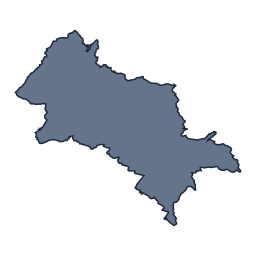 the district of Isverna, Mehedinti, Romania
{"feature_id": "2599482B93606099266204", "entity_name": "Isverna", "entity_type": "district", "adm_level": 2, "iso_a3": "ROU", "parent_name": "Romania", "parent_adm1": "Mehedinti", "projection": "natural_earth1", "projection_center": [22.644, 44.967], "detail": "fine", "context": "isolated", "style": "filled", "palette": "slate", "viewbox_px": 256, "rotation_deg": 0, "n_neighbors": 0, "source": "geoboundaries", "source_scale": "gbopen_adm2", "svg_char_len": 5763}
<svg xmlns="http://www.w3.org/2000/svg" viewBox="0 0 256 256"><path d="M240.4,170.2L238.7,168.6L238.1,168.5L238.9,164.6L238.5,163.9L237.4,163.0L237.8,160.3L236.2,159.5L235.3,159.8L233.3,158.1L232.6,157.1L232.7,156.5L233.7,155.9L231.8,154.6L230.1,152.4L230.5,151.0L230.9,150.9L231.5,149.8L231.2,148.6L230.3,147.3L228.8,147.0L228.2,146.1L225.0,145.2L223.5,143.9L222.1,143.9L220.2,144.7L216.8,144.6L215.4,144.2L214.2,143.1L214.5,143.0L214.1,142.0L214.6,141.8L214.6,141.4L213.3,141.2L211.3,140.2L210.2,139.1L207.6,140.7L208.5,139.0L212.1,137.1L216.0,133.6L215.9,132.3L215.4,132.1L214.8,132.5L214.6,131.6L213.7,131.6L212.8,132.8L211.9,132.7L210.0,134.3L209.3,133.8L204.9,138.6L202.7,138.7L197.4,140.0L187.8,138.5L186.5,136.9L185.9,135.5L185.3,135.3L183.8,136.2L181.8,135.9L181.1,134.7L181.2,134.1L182.8,133.0L183.5,131.0L186.0,129.4L187.8,128.9L183.9,128.7L183.1,128.3L184.5,127.8L184.7,127.3L182.9,124.2L185.3,121.2L183.3,119.9L182.3,117.4L179.3,114.8L178.9,112.9L177.5,111.6L178.1,109.6L177.8,108.4L177.4,107.7L176.3,107.3L176.6,106.3L176.4,105.3L176.0,104.9L176.2,103.0L178.5,100.7L178.6,99.7L177.8,98.9L177.3,97.7L175.1,95.5L175.7,95.2L175.7,94.9L175.4,94.9L175.9,94.1L175.1,93.7L174.0,92.2L172.7,91.7L172.2,89.6L173.1,87.8L174.1,87.6L174.1,87.0L175.8,85.6L175.6,85.3L174.9,85.4L174.1,84.4L173.9,85.5L172.0,85.2L168.0,83.8L165.2,84.1L164.7,84.6L161.8,85.2L159.8,85.1L157.3,83.5L151.3,83.1L148.7,81.9L148.2,81.3L143.8,78.9L143.2,78.0L143.3,76.9L142.7,76.6L141.2,76.8L140.6,77.4L139.7,77.6L138.4,77.4L136.8,77.8L134.3,79.5L129.4,80.3L128.8,80.8L127.6,80.6L125.3,78.9L124.9,74.9L125.3,74.9L120.9,73.2L117.3,73.7L115.6,72.2L115.0,72.6L113.9,72.6L113.2,71.6L113.7,71.8L114.1,71.2L112.2,71.3L110.9,69.8L110.9,67.6L108.2,67.8L107.8,66.6L106.5,66.7L106.6,66.1L106.1,66.0L106.2,65.1L105.9,64.8L103.6,64.7L102.8,66.1L100.2,67.3L100.1,66.4L100.5,66.2L99.5,66.0L95.9,63.1L96.2,61.2L97.2,61.1L97.5,59.1L97.3,58.9L97.3,58.1L97.9,57.9L97.9,57.4L97.3,57.0L96.2,57.6L95.5,56.0L94.6,55.3L95.1,53.5L95.9,51.9L96.0,50.4L97.2,49.0L98.1,48.7L98.5,47.6L98.2,45.8L97.5,44.5L98.1,41.9L97.3,39.9L96.1,40.3L93.2,43.4L90.8,44.5L90.8,44.8L91.4,45.0L90.6,46.9L89.9,47.6L90.2,48.7L89.0,49.6L87.6,51.4L87.0,51.6L86.3,51.3L86.2,50.9L87.9,49.3L87.7,48.9L88.3,47.8L88.1,47.1L89.6,45.4L87.6,45.0L86.7,46.7L86.3,46.5L86.5,45.2L85.2,45.1L84.0,43.6L82.6,43.6L82.4,43.2L83.2,41.6L82.8,38.8L80.3,36.7L80.3,36.0L77.7,33.5L76.6,31.6L74.9,30.7L74.4,30.5L73.9,31.5L72.2,32.7L69.4,33.5L68.3,34.3L68.0,35.5L68.2,36.8L67.2,37.8L66.0,38.1L64.3,37.5L63.5,37.8L62.1,37.6L58.0,38.5L56.6,39.3L56.5,41.1L53.3,41.2L50.9,46.3L49.6,47.5L46.5,48.9L46.5,49.6L47.3,50.0L47.4,50.8L45.5,51.7L44.8,52.8L45.0,53.5L46.7,55.0L46.6,56.7L44.2,57.1L43.3,60.1L41.5,61.2L42.3,63.5L41.5,64.3L39.7,64.7L39.9,65.8L39.1,66.8L37.8,67.5L35.3,69.9L33.9,71.8L30.5,73.6L30.1,74.8L27.8,76.8L26.7,79.9L26.0,80.2L25.3,82.2L21.8,86.6L19.3,88.1L18.4,89.6L15.4,92.3L16.1,93.0L16.9,95.0L18.4,96.5L23.7,99.0L25.4,99.0L26.4,99.3L29.8,102.2L30.2,103.3L31.2,103.9L33.9,103.8L35.4,104.4L38.0,104.1L40.6,104.2L42.8,103.5L43.8,103.9L44.8,103.6L45.8,104.0L45.4,108.3L44.9,108.9L45.2,109.1L45.8,110.8L47.5,112.2L44.9,115.3L44.7,116.2L44.9,118.0L46.9,119.8L46.6,120.9L45.6,121.9L45.4,123.0L44.5,123.8L42.9,127.1L41.4,127.7L41.1,128.5L39.7,128.5L40.0,128.9L39.3,129.3L40.4,129.3L40.6,129.7L35.3,132.6L36.5,134.5L35.8,137.0L37.6,137.7L36.8,139.2L37.9,139.7L39.2,142.8L40.4,143.5L42.6,143.2L42.8,142.7L43.2,143.0L45.5,142.2L48.8,140.4L53.0,139.6L55.3,139.9L58.5,140.9L59.4,141.6L62.7,141.5L65.3,140.3L67.1,140.5L67.1,139.8L68.1,138.9L69.1,138.7L68.8,137.8L69.0,136.8L70.3,137.0L70.6,136.2L72.3,136.2L72.9,135.9L72.6,138.0L74.0,140.7L76.2,140.7L76.5,141.3L79.8,143.0L79.9,143.9L81.5,143.9L83.0,144.7L83.4,144.5L88.9,146.4L90.4,147.2L90.8,148.7L92.1,148.8L92.2,149.1L93.2,148.8L94.2,147.8L96.4,147.2L96.7,145.9L98.1,145.2L101.3,144.4L104.1,144.8L103.5,146.3L107.5,147.8L109.1,147.8L109.9,149.0L109.1,150.6L107.8,151.3L106.8,152.5L107.4,153.9L109.2,153.8L109.1,154.7L109.7,155.6L113.3,158.2L115.2,158.2L117.9,157.2L119.2,157.5L118.5,158.3L117.8,160.3L118.2,162.2L119.4,163.3L121.7,163.3L121.8,164.4L122.6,165.2L124.4,165.2L125.2,166.0L126.3,165.7L128.6,167.0L128.8,167.4L128.0,169.8L128.6,170.8L134.8,171.0L134.7,173.3L144.0,175.6L137.1,184.0L135.2,188.0L136.4,188.5L136.5,189.1L138.2,190.0L139.8,189.9L140.0,190.1L139.7,191.3L141.0,191.8L140.1,192.6L142.1,192.8L141.5,193.9L142.2,193.9L142.8,193.2L144.0,193.4L146.6,195.1L148.6,195.9L149.1,196.5L149.1,197.3L150.9,198.5L151.7,198.7L153.7,198.0L154.1,197.2L155.9,199.6L157.9,201.3L158.3,202.6L158.0,203.4L161.4,205.0L163.6,206.7L164.0,208.1L162.3,209.6L162.3,210.3L164.6,210.7L166.2,211.5L168.2,211.6L168.3,212.7L167.9,213.5L165.7,216.6L166.1,218.0L164.6,217.9L164.1,218.2L164.1,218.8L167.1,219.8L171.1,223.6L174.1,225.5L176.6,223.8L176.2,222.1L175.6,221.3L175.6,220.5L176.1,219.2L175.6,218.3L176.1,218.2L176.0,217.8L173.6,214.8L173.4,214.4L173.8,213.5L174.2,213.2L172.9,210.5L173.7,209.1L173.0,208.2L173.5,206.9L173.4,205.9L173.0,205.6L173.7,202.7L174.9,202.1L176.1,202.3L177.5,201.3L179.2,198.7L179.0,197.3L180.3,195.7L181.0,193.9L181.9,193.0L183.2,192.5L184.9,190.8L186.3,189.3L186.5,188.0L187.6,186.6L190.7,186.5L192.8,187.7L193.2,188.5L194.6,189.6L194.5,189.9L195.6,190.0L195.2,187.6L195.4,185.0L194.2,182.5L194.3,180.7L191.7,177.3L191.7,176.4L192.5,175.0L192.7,173.8L191.1,172.3L192.2,172.8L195.4,172.8L196.0,172.4L196.5,171.1L198.1,171.1L198.4,170.6L200.4,170.3L201.1,170.6L200.2,167.8L201.6,167.3L204.7,167.9L208.2,167.0L211.2,167.5L216.9,166.5L218.2,167.2L218.3,168.0L219.3,169.3L220.5,169.5L221.3,170.2L224.5,170.3L225.9,169.5L227.5,169.4L231.0,171.8L231.8,172.0L234.0,172.1L236.2,170.4L238.3,170.8L238.8,171.8L240.3,171.9L240.6,171.1L240.4,170.2Z" fill="#64748b" stroke="#1e293b" stroke-width="1.5"/></svg>